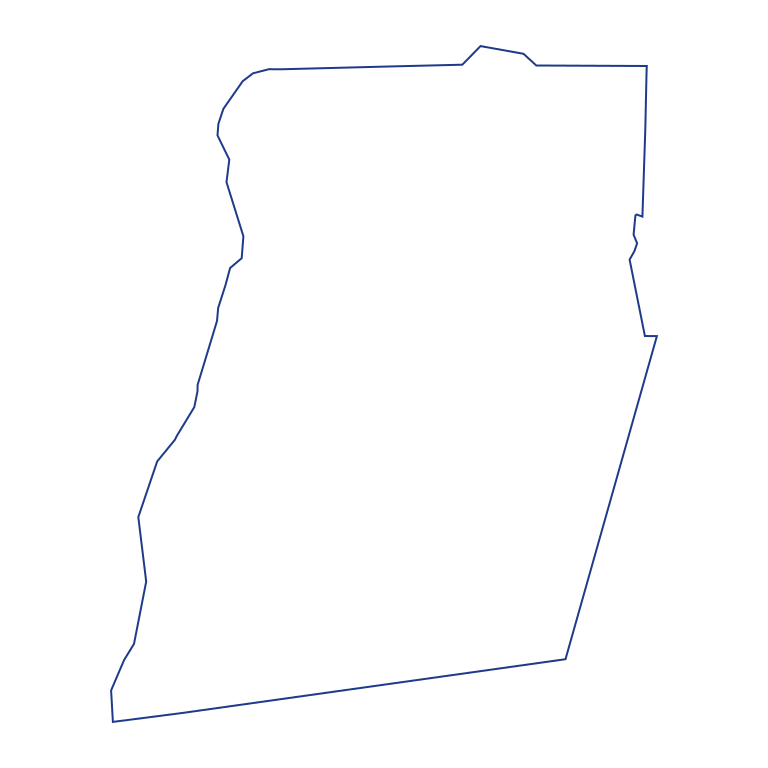 Rensselaer, New York, United States of America (Equal Earth projection)
{"feature_id": "52423323B33397436463796", "entity_name": "Rensselaer", "entity_type": "district", "adm_level": 2, "iso_a3": "USA", "parent_name": "United States of America", "parent_adm1": "New York", "projection": "equal_earth", "projection_center": [-73.547, 42.711], "detail": "fine", "context": "isolated", "style": "outline", "palette": "blue", "viewbox_px": 768, "rotation_deg": 0, "n_neighbors": 0, "source": "geoboundaries", "source_scale": "gbopen_adm2", "svg_char_len": 726}
<svg xmlns="http://www.w3.org/2000/svg" viewBox="0 0 768 768"><path d="M112.9,721.9L181.9,713.0L565.5,659.2L656.9,336.1L644.9,336.0L629.6,259.6L634.4,251.2L637.1,243.3L633.6,234.7L635.4,215.6L636.5,214.5L642.4,216.6L642.6,210.9L645.3,129.4L646.4,78.6L646.6,70.5L646.7,67.6L646.8,66.0L536.3,65.5L523.5,53.8L480.5,46.1L462.3,64.7L392.5,66.4L280.3,69.3L268.9,69.2L253.0,73.3L242.7,81.2L223.4,108.8L218.4,123.8L217.5,135.4L229.3,159.6L226.5,182.2L243.4,236.3L241.7,258.2L230.1,268.0L225.5,285.1L218.2,307.8L217.0,321.0L197.6,384.9L197.5,391.4L194.3,407.1L176.7,436.1L174.9,439.8L157.2,461.4L138.5,516.5L138.3,517.0L146.2,581.6L134.0,643.9L124.1,660.0L111.1,690.4L112.9,721.9Z" fill="none" stroke="#1e3a8a" stroke-width="2"/></svg>